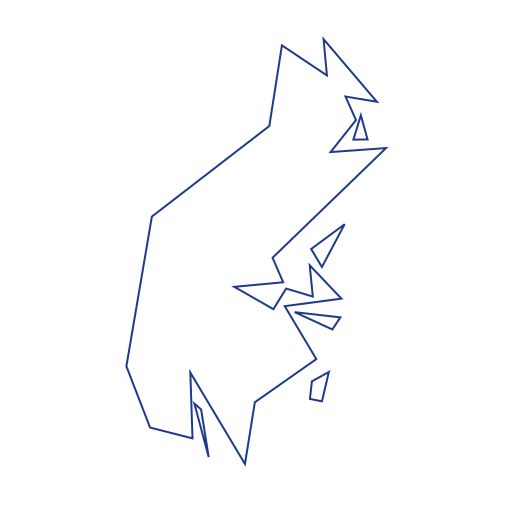 an SVG outline of Stockholm, rotated 350°
{"feature_id": "SWE-194", "entity_name": "Stockholm", "entity_type": "County", "adm_level": 1, "iso_a3": "SWE", "parent_name": "Sweden", "parent_adm1": "", "projection": "albers", "projection_center": [18.361, 59.539], "detail": "coarse", "context": "isolated", "style": "outline", "palette": "blue", "viewbox_px": 512, "rotation_deg": 350, "n_neighbors": 0, "source": "natural_earth", "source_scale": "10m", "svg_char_len": 743}
<svg xmlns="http://www.w3.org/2000/svg" viewBox="0 0 512 512"><g transform="rotate(350 256 256)"><path d="M318.1,53.1L357.2,90.5L360.2,54.2L401.8,125.1L371.8,114.5L378.1,139.5L347.5,166.6L402.8,172.3L272.0,260.6L278.2,286.6L229.3,282.6L263.9,311.4L280.0,293.3L304.9,305.8L307.3,274.5L332.7,312.8L275.6,310.4L297.5,368.0L229.5,399.8L209.0,458.9L171.1,359.4L161.8,424.6L121.9,406.6L109.2,342.1L160.3,199.1L291.7,130.3L318.1,53.1ZM348.8,240.1L319.0,278.3L311.5,258.7L348.8,240.1ZM175.3,397.6L174.5,445.8L169.7,390.7L175.3,397.6ZM307.6,382.9L295.7,410.6L284.3,406.1L289.3,389.1L307.6,382.9ZM318.4,341.6L284.3,318.0L328.4,331.1L318.4,341.6ZM383.7,135.7L386.1,160.6L372.1,158.3L383.7,135.7Z" fill="none" stroke="#1e3a8a" stroke-width="2"/></g></svg>